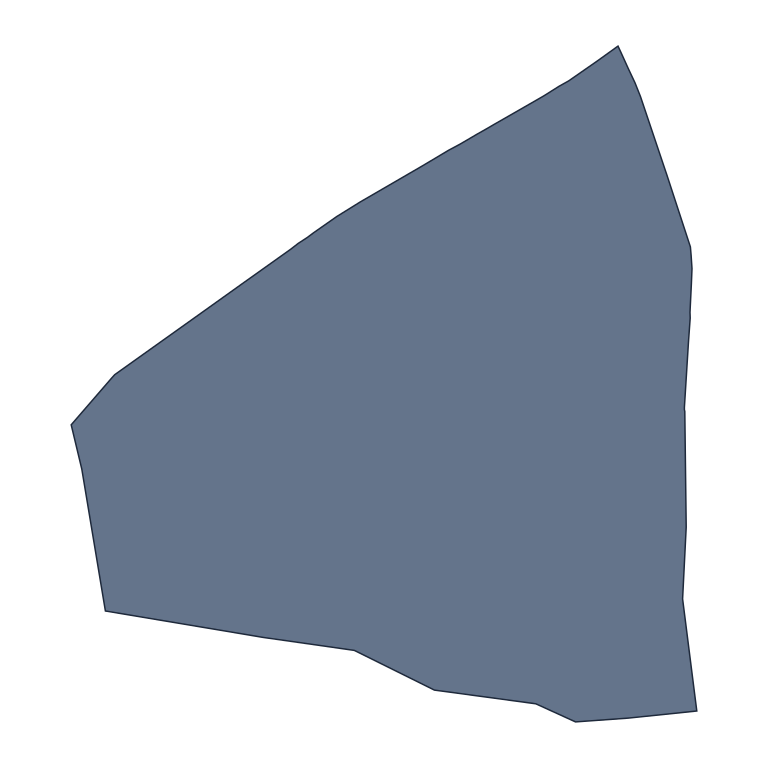 outline of San Miguel Chicahua, Oaxaca, Mexico
{"feature_id": "50627088B2748566546395", "entity_name": "San Miguel Chicahua", "entity_type": "district", "adm_level": 2, "iso_a3": "MEX", "parent_name": "Mexico", "parent_adm1": "Oaxaca", "projection": "albers", "projection_center": [-97.191, 17.633], "detail": "fine", "context": "isolated", "style": "filled", "palette": "slate", "viewbox_px": 768, "rotation_deg": 0, "n_neighbors": 0, "source": "geoboundaries", "source_scale": "gbopen_adm2", "svg_char_len": 732}
<svg xmlns="http://www.w3.org/2000/svg" viewBox="0 0 768 768"><path d="M203.9,311.1L114.8,374.6L111.8,377.9L71.2,424.8L81.8,469.1L105.4,611.0L263.0,637.4L354.3,650.4L434.4,690.1L535.8,703.8L575.5,721.9L628.3,718.1L696.8,711.0L682.6,598.9L686.2,527.2L684.8,411.4L684.4,409.6L684.4,407.4L688.5,341.6L690.2,318.0L690.0,312.3L691.4,283.5L692.0,268.7L691.1,255.1L690.4,246.9L666.3,173.2L666.1,172.7L640.5,96.6L635.0,82.8L628.3,68.6L620.9,52.3L618.0,46.1L596.7,61.4L568.5,81.0L559.0,86.3L543.6,96.0L539.1,98.6L494.1,124.4L487.6,128.2L477.0,134.2L460.1,144.1L448.7,150.2L422.0,166.1L360.3,201.9L336.8,216.5L313.8,232.6L307.1,237.6L298.2,243.4L291.0,249.0L242.1,283.8L203.9,311.1Z" fill="#64748b" stroke="#1e293b" stroke-width="1.5"/></svg>